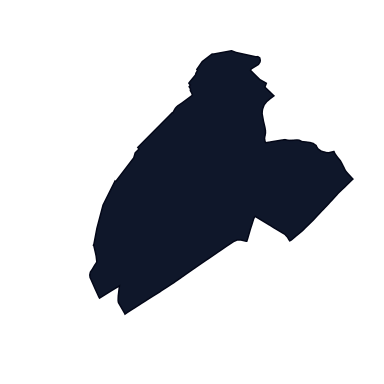 Shu'ub, Amanat Al Asimah, Yemen (Natural Earth projection), rotated 233°
{"feature_id": "15242507B29065009809939", "entity_name": "Shu'ub", "entity_type": "district", "adm_level": 2, "iso_a3": "YEM", "parent_name": "Yemen", "parent_adm1": "Amanat Al Asimah", "projection": "natural_earth1", "projection_center": [44.222, 15.387], "detail": "fine", "context": "isolated", "style": "filled", "palette": "ink", "viewbox_px": 384, "rotation_deg": 233, "n_neighbors": 0, "source": "geoboundaries", "source_scale": "gbopen_adm2", "svg_char_len": 3914}
<svg xmlns="http://www.w3.org/2000/svg" viewBox="0 0 384 384"><g transform="rotate(233 192 192)"><path d="M137.5,329.3L138.0,329.6L139.0,329.7L139.2,329.1L139.7,328.0L141.0,325.0L141.2,324.6L142.4,323.3L142.6,323.0L144.4,321.7L144.6,321.4L145.2,321.0L146.6,320.0L147.0,319.7L147.4,319.6L148.1,319.4L148.6,319.2L150.5,318.6L151.0,318.6L151.4,318.6L153.3,318.8L154.5,319.1L155.2,318.8L155.6,318.7L157.1,318.2L157.7,318.1L159.3,316.9L160.3,316.2L160.7,315.8L160.9,315.5L161.2,315.3L162.3,314.1L162.7,313.8L165.4,310.9L165.6,310.6L166.2,310.1L168.6,308.9L169.0,308.6L169.4,308.2L170.3,307.2L170.7,306.6L171.6,305.3L171.7,305.0L172.3,304.1L173.5,302.4L174.0,301.7L174.5,301.0L174.7,300.6L175.3,300.1L175.7,299.6L176.2,299.2L177.6,298.0L178.0,297.5L178.4,296.9L178.8,296.0L179.4,295.0L181.4,291.2L181.7,290.6L184.4,285.5L184.6,285.1L185.1,284.0L185.6,283.2L186.9,280.7L187.1,280.5L187.6,280.6L188.6,280.8L189.5,281.3L190.2,281.7L190.8,281.9L192.4,283.4L193.0,284.2L193.4,284.6L194.2,285.4L194.9,286.2L195.8,286.8L196.2,287.1L196.5,287.4L197.8,288.1L199.7,289.1L204.9,291.4L205.2,291.5L212.3,295.1L212.7,295.4L213.7,296.3L214.0,296.5L215.4,297.9L215.6,298.1L216.7,299.7L217.5,301.0L218.0,301.7L218.5,303.1L218.8,304.4L219.3,306.2L219.3,307.0L219.4,309.0L219.5,309.8L219.5,310.8L219.5,315.3L231.9,313.3L234.1,316.8L241.0,313.8L254.0,311.9L254.7,313.5L254.6,314.4L253.9,321.8L254.9,324.5L256.0,325.7L258.3,326.8L259.2,326.5L260.5,326.0L261.4,324.6L261.5,324.4L274.3,313.4L277.0,311.1L281.0,308.6L289.0,292.6L290.1,291.0L290.0,278.7L288.5,274.2L287.0,269.6L285.7,269.5L284.5,266.6L283.4,265.3L281.0,255.4L280.6,254.9L278.4,255.1L277.8,253.1L275.3,252.9L274.0,251.7L271.0,251.3L269.3,250.7L269.0,249.8L269.1,237.5L269.3,233.7L269.4,232.7L269.2,230.7L268.8,228.9L267.1,225.0L266.8,224.4L267.2,223.9L260.2,175.5L258.2,175.6L257.6,171.3L257.5,170.6L257.3,169.9L256.8,169.4L254.3,166.0L253.9,164.5L246.4,137.8L246.3,137.5L246.8,137.0L247.0,137.0L235.1,113.1L220.3,94.3L209.4,82.3L208.8,81.2L208.2,81.3L201.5,78.3L198.5,76.9L193.4,73.9L192.6,71.9L192.1,70.3L191.6,69.1L190.2,65.7L189.2,62.7L188.2,61.5L187.2,60.4L184.9,59.1L184.2,59.0L182.8,58.7L180.3,58.1L174.3,56.7L173.5,56.5L167.1,55.1L164.5,54.5L162.9,54.3L161.6,69.0L160.7,77.6L160.4,77.3L153.3,70.5L152.5,69.9L152.2,69.6L149.8,67.7L149.1,67.3L147.9,66.7L145.3,66.4L138.7,65.6L138.1,65.5L135.5,65.2L134.8,65.0L134.7,67.9L134.2,74.6L134.0,76.6L133.8,79.8L133.6,81.9L133.5,83.9L133.0,89.7L133.0,90.4L132.4,97.7L132.2,99.9L131.7,105.1L131.6,106.4L131.6,106.7L131.6,108.3L131.1,114.6L130.8,119.3L130.8,119.6L130.5,122.8L130.5,124.9L130.2,130.9L130.2,132.9L130.1,134.3L130.1,135.2L130.0,139.0L129.9,141.0L129.9,141.7L129.8,144.1L129.6,149.5L129.3,156.5L129.1,161.0L129.0,163.2L128.9,164.2L128.7,168.7L128.4,176.5L128.2,179.6L128.0,184.8L127.9,187.3L127.6,191.8L127.4,195.4L127.3,196.0L127.0,197.0L126.5,199.2L125.2,200.9L124.2,202.2L121.8,204.2L120.1,205.6L119.7,206.1L121.3,208.4L124.9,213.2L126.7,215.6L127.3,216.4L129.0,218.8L129.6,219.7L131.9,222.9L132.6,223.9L133.5,225.1L134.2,226.6L134.5,227.9L133.7,228.1L127.2,230.7L122.0,232.8L119.2,233.9L118.7,234.2L116.2,235.1L113.5,236.1L113.1,236.3L109.7,237.7L104.5,239.8L102.4,240.7L101.7,240.8L101.3,240.8L99.2,241.0L98.2,241.1L97.1,240.9L95.4,240.7L94.1,240.7L94.1,241.6L93.9,242.3L94.2,247.7L94.3,248.8L94.3,249.6L94.5,254.5L94.6,256.6L94.7,257.0L94.7,257.6L95.0,259.6L95.1,260.0L95.5,263.1L95.6,264.1L96.5,271.1L96.6,271.9L97.6,277.3L97.7,277.8L98.5,282.5L98.9,284.7L99.1,286.5L99.4,288.0L100.1,292.3L100.4,294.1L100.5,294.5L100.9,296.5L101.2,298.6L101.9,302.1L102.7,306.4L102.9,307.1L103.2,309.1L103.5,311.8L103.6,312.4L104.1,317.3L104.4,319.2L105.3,326.3L105.5,328.3L108.1,328.0L108.5,328.0L112.3,327.6L115.1,327.4L116.3,327.4L116.8,327.4L118.6,327.7L120.4,328.1L121.8,328.3L123.2,328.6L123.8,328.7L127.6,329.3L132.0,329.1L133.5,329.1L136.3,329.2L137.5,329.3Z" fill="#0f172a" stroke="#020617" stroke-width="1.5"/></g></svg>